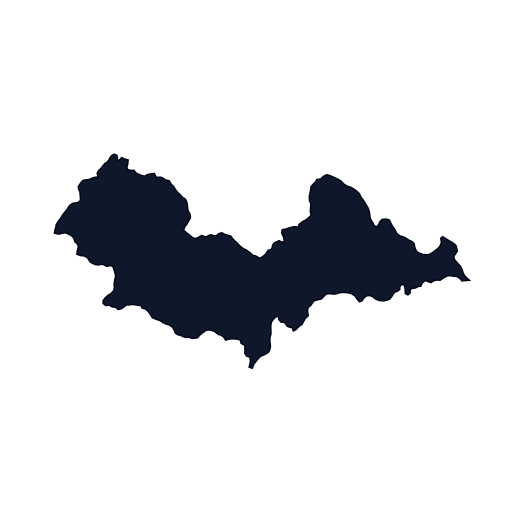 Bom Jesus do Galho, Minas Gerais, Brazil (Mercator projection), rotated 128°
{"feature_id": "56859067B85920776118835", "entity_name": "Bom Jesus do Galho", "entity_type": "district", "adm_level": 2, "iso_a3": "BRA", "parent_name": "Brazil", "parent_adm1": "Minas Gerais", "projection": "mercator", "projection_center": [-42.364, -19.729], "detail": "fine", "context": "isolated", "style": "filled", "palette": "ink", "viewbox_px": 512, "rotation_deg": 128, "n_neighbors": 0, "source": "geoboundaries", "source_scale": "gbopen_adm2", "svg_char_len": 4938}
<svg xmlns="http://www.w3.org/2000/svg" viewBox="0 0 512 512"><g transform="rotate(128 256 256)"><path d="M228.4,146.3L226.1,144.8L222.8,145.2L219.6,144.5L217.1,142.1L216.2,138.5L216.3,135.1L215.1,131.3L212.8,127.8L210.1,125.5L207.3,124.1L204.0,124.1L201.2,124.6L198.7,124.1L196.5,122.8L193.9,122.1L191.7,123.7L189.2,123.9L187.5,121.5L189.5,118.9L191.7,116.9L193.7,115.2L193.1,112.3L190.2,111.8L187.7,113.7L185.4,113.2L183.1,110.7L180.2,109.4L178.2,107.5L174.9,108.4L171.1,107.5L170.1,104.0L169.2,101.7L166.8,101.0L164.1,99.3L161.7,96.0L158.2,94.8L155.4,93.8L153.2,92.4L151.6,90.4L150.3,87.8L148.5,85.3L148.1,81.5L148.9,78.4L146.4,75.8L143.7,72.9L143.5,76.5L143.2,79.3L141.7,82.5L139.6,85.6L138.2,88.7L137.8,91.4L137.3,94.0L136.6,97.5L134.6,99.9L131.6,100.1L128.2,100.4L126.3,102.6L124.6,104.9L124.4,108.2L124.9,111.9L125.4,116.3L125.9,121.0L128.3,121.3L131.2,118.2L135.0,117.1L137.6,117.2L141.0,118.0L145.1,119.2L148.4,120.6L150.4,122.9L152.2,125.9L153.3,129.5L153.3,132.8L151.5,136.1L148.7,139.3L148.6,142.3L149.4,145.3L149.7,149.5L150.3,152.2L151.6,154.9L151.6,158.9L150.2,161.7L149.2,164.1L148.4,167.1L147.0,170.1L145.5,173.2L146.8,176.2L149.5,179.1L152.9,179.5L155.5,178.7L158.7,178.7L159.4,181.5L158.1,183.8L157.2,186.4L156.1,189.0L154.1,191.1L151.3,194.0L149.1,197.3L148.0,200.3L146.9,203.0L145.8,206.2L145.1,209.4L143.2,213.0L142.9,218.4L143.4,223.4L144.9,227.3L145.2,230.8L144.6,234.9L144.9,237.8L145.5,240.7L146.4,244.5L147.3,247.9L148.5,250.4L151.8,251.9L155.4,252.4L158.4,255.2L160.8,254.7L164.2,255.2L167.4,255.3L169.8,253.9L172.9,252.3L176.1,250.8L179.4,248.0L181.2,244.7L183.8,243.1L187.5,240.6L190.0,237.6L193.4,238.1L197.1,239.0L200.3,240.5L204.3,241.5L207.4,240.8L209.3,244.0L211.4,245.6L213.6,247.3L216.5,249.2L219.1,251.5L221.7,250.3L224.8,245.0L227.9,242.2L229.2,244.8L229.7,247.3L232.0,248.3L234.1,249.7L237.2,249.6L239.4,248.4L241.9,248.2L244.0,250.0L248.1,249.5L252.0,250.2L255.5,251.6L256.1,256.2L257.5,259.3L257.1,261.9L257.2,266.9L258.0,270.7L258.0,274.7L257.3,279.4L257.1,282.7L256.7,285.4L255.8,288.1L257.2,291.4L258.2,294.0L258.7,297.2L261.3,299.1L263.7,299.5L265.9,301.3L266.8,304.2L268.9,306.0L271.8,307.0L273.2,311.4L276.5,312.7L279.5,314.3L280.6,317.4L280.4,320.5L280.5,324.3L280.3,328.9L276.6,330.2L273.3,330.1L269.7,330.7L266.2,331.2L263.7,333.6L262.0,337.6L259.4,340.3L256.5,343.2L254.7,346.4L255.0,350.0L254.3,354.4L254.0,357.3L253.2,360.5L252.0,363.7L251.7,366.8L250.2,370.8L251.9,374.4L251.8,377.0L252.6,379.7L255.3,382.9L253.6,387.0L256.3,389.7L258.7,391.7L261.6,392.8L263.1,395.9L263.7,398.4L264.5,401.1L263.6,404.9L265.8,407.5L266.9,410.5L265.4,412.5L262.6,413.6L259.0,415.9L260.6,419.6L261.1,422.4L264.1,422.7L266.1,424.3L263.9,425.6L262.3,427.6L263.1,430.4L265.3,431.5L268.2,431.6L270.9,431.1L273.7,431.1L276.1,432.0L279.1,432.2L282.0,432.1L285.4,432.6L288.6,432.1L290.9,429.2L293.2,431.4L295.1,432.9L298.1,434.3L300.8,437.0L303.0,438.9L306.6,439.1L310.7,438.8L312.6,436.8L313.9,434.2L315.9,432.4L317.9,430.5L320.4,428.5L323.8,429.4L327.1,432.7L329.9,433.7L332.3,434.0L334.9,433.6L338.4,433.6L342.6,433.7L346.2,433.2L351.4,433.1L354.4,432.7L356.6,431.5L358.9,430.6L362.1,428.9L360.1,424.8L357.1,422.5L354.9,420.3L354.3,417.4L353.5,413.6L354.1,410.3L356.2,407.8L356.5,404.3L357.8,401.8L361.1,400.4L364.9,398.3L363.8,394.8L361.6,391.1L361.2,387.5L362.8,383.1L362.4,379.9L361.5,376.9L359.9,374.5L357.7,372.7L356.5,370.6L356.2,367.3L353.4,365.0L352.2,362.6L354.5,359.1L356.7,355.9L358.4,354.1L361.9,352.6L365.4,350.6L368.2,348.1L370.9,346.8L375.0,347.2L378.7,348.6L382.0,349.0L385.4,349.0L387.5,347.3L387.6,343.9L385.0,341.4L384.7,338.0L382.8,335.3L383.0,331.7L380.8,329.9L378.0,328.8L374.3,328.0L372.5,325.7L370.3,323.6L368.5,320.6L367.0,317.9L365.8,315.8L367.2,313.7L365.8,310.3L366.1,306.7L366.9,303.8L368.4,299.8L367.2,295.3L365.9,291.5L365.8,288.5L365.1,285.3L363.8,282.3L363.5,277.9L364.9,274.6L366.4,272.1L366.2,269.2L364.9,266.4L364.5,264.0L363.4,261.1L361.6,259.2L360.2,255.6L356.6,251.8L353.1,251.6L349.9,251.0L347.6,250.2L345.2,249.6L342.7,246.9L341.0,242.7L341.0,237.5L340.1,235.0L339.6,232.0L341.0,228.1L338.3,226.2L336.4,224.4L334.8,222.2L333.0,219.5L331.9,216.7L334.0,213.9L333.3,209.8L336.8,206.9L339.6,204.9L340.7,201.8L339.5,198.8L341.4,196.3L344.5,194.5L347.9,192.9L346.7,189.8L342.7,191.1L339.1,191.1L335.8,191.1L332.0,190.6L329.3,188.9L326.0,187.5L323.7,186.9L320.6,187.8L318.4,188.9L316.5,190.7L314.7,192.5L311.6,194.8L308.3,196.2L305.5,198.4L303.3,200.3L300.7,202.1L298.4,203.2L294.9,203.3L292.1,203.0L289.7,201.6L292.0,198.7L292.7,195.6L290.8,192.6L292.1,188.1L291.4,185.6L290.1,183.4L292.1,180.4L289.5,179.3L284.9,178.7L281.6,177.7L278.8,178.1L275.1,178.7L270.8,178.1L267.7,181.5L264.5,183.3L261.2,182.4L258.8,182.6L256.1,182.8L253.2,181.0L249.7,178.1L246.1,177.7L242.9,177.4L240.4,174.9L238.2,171.3L236.5,169.5L234.4,168.2L232.1,166.2L230.1,163.6L228.7,161.4L227.0,158.3L226.5,153.3L227.6,150.3L228.4,146.3Z" fill="#0f172a" stroke="#020617" stroke-width="1.5"/></g></svg>